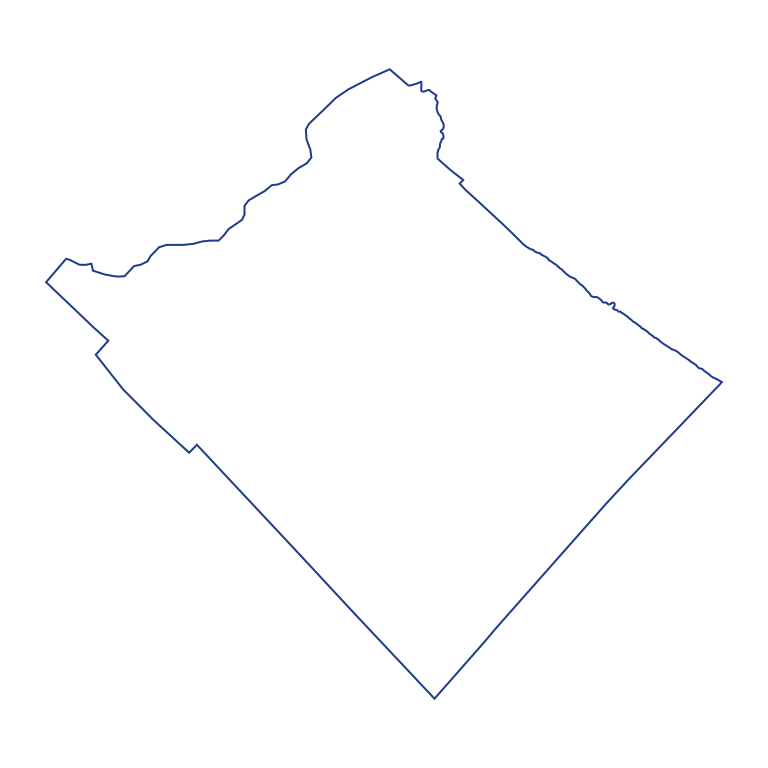 Avellaneda, Ciudad de Buenos Aires, Argentina
{"feature_id": "61730980B497821979952", "entity_name": "Avellaneda", "entity_type": "district", "adm_level": 2, "iso_a3": "ARG", "parent_name": "Argentina", "parent_adm1": "Ciudad de Buenos Aires", "projection": "natural_earth1", "projection_center": [-58.33, -34.679], "detail": "fine", "context": "isolated", "style": "outline", "palette": "blue", "viewbox_px": 768, "rotation_deg": 0, "n_neighbors": 0, "source": "geoboundaries", "source_scale": "gbopen_adm2", "svg_char_len": 5243}
<svg xmlns="http://www.w3.org/2000/svg" viewBox="0 0 768 768"><path d="M434.5,698.7L485.3,640.9L495.0,629.3L606.1,503.7L628.6,479.4L678.2,427.8L696.1,409.1L720.7,383.5L720.9,383.2L721.9,382.1L721.4,381.7L720.4,381.2L719.1,380.6L717.9,379.6L715.9,378.9L714.4,377.9L713.2,377.6L711.6,376.5L710.7,376.0L709.7,375.0L708.5,373.8L706.6,372.6L705.6,371.9L704.8,371.3L705.1,371.4L703.9,370.6L703.1,369.8L702.1,368.9L700.7,368.5L699.4,368.3L698.5,367.8L697.2,366.5L695.9,364.9L694.4,363.9L692.9,362.9L691.1,361.9L689.8,360.8L688.8,359.9L687.3,359.0L686.1,358.2L684.9,357.4L683.4,356.4L682.0,355.5L680.4,354.3L678.8,352.8L676.9,351.4L675.0,350.4L672.9,349.6L671.6,349.2L670.0,348.0L668.4,347.0L667.0,346.0L665.5,345.1L663.7,344.0L662.4,343.0L660.7,341.8L659.7,341.0L658.9,339.9L657.5,339.1L656.1,338.0L655.0,337.7L653.9,337.4L653.0,336.1L652.1,335.7L651.3,335.1L650.4,334.3L649.4,333.8L648.6,332.9L647.9,332.1L647.4,331.7L646.4,331.0L645.7,330.4L644.7,329.9L644.0,329.3L643.0,328.7L642.2,328.7L641.5,328.0L641.0,327.2L640.5,326.7L639.8,326.3L639.0,325.7L638.4,325.0L637.6,324.5L637.1,324.2L636.3,323.7L635.5,322.8L634.6,322.4L633.7,322.0L632.7,321.1L631.7,320.3L630.8,319.4L629.9,318.8L628.6,317.8L627.3,316.4L626.0,315.6L625.1,315.1L624.0,314.1L622.8,313.4L621.7,312.8L620.6,311.9L619.7,311.5L619.0,311.7L618.1,311.3L616.9,310.0L616.3,309.8L615.2,309.7L614.2,309.4L613.1,308.4L613.1,307.6L613.4,307.3L614.0,306.9L614.5,305.9L614.6,304.9L614.6,304.5L614.6,303.9L614.4,303.4L613.6,302.9L612.9,302.6L612.1,302.8L611.4,303.2L610.9,303.8L609.8,304.2L609.0,304.5L608.5,304.5L607.9,304.1L607.0,302.9L606.3,302.6L605.2,302.6L604.5,302.5L603.7,302.5L602.7,302.2L602.4,301.9L601.8,301.2L601.4,300.3L600.3,299.4L599.0,298.3L598.0,297.6L596.4,297.0L595.3,297.0L594.6,297.2L593.6,297.0L592.6,296.7L591.7,296.3L591.0,295.9L590.4,294.9L589.8,293.8L589.1,292.8L588.2,292.2L587.2,291.0L586.3,290.2L585.5,288.9L584.4,287.7L582.8,286.2L581.9,285.2L580.6,284.6L579.4,283.5L578.1,282.0L576.7,280.8L576.2,280.1L575.2,279.0L573.6,278.1L572.1,277.6L570.6,276.9L569.6,276.5L568.3,275.4L566.7,274.2L565.7,273.5L565.1,272.6L563.9,271.8L563.1,271.0L562.2,269.6L561.5,269.4L560.5,268.7L559.6,268.1L559.0,267.2L558.0,266.7L557.6,266.3L557.1,265.5L556.3,264.9L555.9,264.6L555.0,264.0L554.4,263.8L553.4,263.1L552.5,262.5L552.0,261.9L551.2,261.5L550.3,260.9L549.6,260.6L548.7,260.1L548.6,259.4L548.4,259.0L547.5,258.2L547.1,257.8L546.4,257.2L545.1,256.5L544.0,256.1L543.2,255.5L542.0,255.1L541.2,254.6L540.5,253.5L539.2,253.1L537.9,252.8L536.5,252.3L535.2,251.7L534.1,250.9L533.1,249.8L532.0,249.6L530.8,249.2L529.4,248.5L525.3,246.0L524.4,244.9L523.1,244.2L521.9,242.9L519.0,240.0L517.9,238.9L512.4,233.4L500.7,222.2L469.9,193.8L465.7,190.1L459.7,183.6L461.6,181.7L463.2,180.0L453.6,172.5L450.5,170.0L437.8,158.8L437.5,157.3L437.5,156.2L437.6,155.5L437.5,154.3L437.5,152.9L437.8,151.4L438.3,150.1L438.6,149.0L438.7,148.9L439.4,148.1L439.9,147.1L439.9,146.6L439.9,145.6L440.0,144.4L440.1,143.6L440.5,142.6L441.3,141.3L441.4,140.4L441.6,139.4L442.6,138.9L443.3,138.4L443.3,137.5L443.5,137.0L443.4,135.4L443.2,134.9L442.8,133.9L442.5,133.0L441.9,132.7L440.9,132.1L440.7,131.0L442.3,129.7L443.0,129.1L443.5,127.4L443.8,126.3L443.6,124.6L443.2,123.2L442.3,121.5L441.7,120.5L441.1,119.2L440.8,117.1L439.7,115.4L438.5,114.1L437.7,112.5L437.2,110.8L436.7,109.0L436.7,107.7L436.9,105.0L437.5,103.6L437.7,102.1L436.6,100.6L435.3,98.4L435.3,97.6L436.2,96.2L436.4,95.3L435.3,94.6L430.7,91.4L429.8,90.3L428.5,89.9L427.4,90.3L423.6,91.7L423.0,91.5L422.1,91.4L421.2,90.6L421.3,88.5L421.4,82.3L421.0,81.8L420.7,81.9L420.1,82.2L416.0,83.9L413.3,84.6L410.8,85.4L409.7,85.5L408.6,85.6L408.4,85.5L389.7,69.3L387.0,70.5L379.3,73.9L372.4,76.9L348.3,89.4L345.9,91.1L345.4,91.4L335.7,98.0L328.7,104.9L323.0,110.5L318.9,114.4L309.1,123.7L309.1,123.8L308.7,124.4L308.1,125.4L305.9,129.3L306.0,131.1L306.5,139.4L309.9,148.4L310.3,149.6L310.4,150.1L311.2,156.3L311.4,157.4L310.8,158.2L307.7,162.2L307.2,162.9L306.9,163.3L306.6,163.4L303.6,165.2L298.7,168.0L297.3,169.1L296.0,170.2L291.1,174.2L284.8,181.6L278.5,184.2L278.1,184.4L276.6,184.6L271.8,185.2L270.0,186.7L266.7,189.4L264.8,191.0L257.8,195.0L256.5,195.7L248.9,200.3L248.7,200.4L245.4,204.6L244.5,205.8L244.5,207.9L244.5,213.1L244.5,213.8L244.5,214.4L244.5,214.6L242.7,218.4L242.0,219.8L240.9,220.6L236.3,223.8L234.4,225.1L228.8,228.9L223.7,235.5L221.1,238.1L218.6,240.6L209.8,240.6L205.6,241.1L202.5,241.4L198.7,242.4L193.6,243.8L183.1,244.9L180.2,244.9L174.3,244.9L166.7,244.9L164.7,245.5L163.1,246.0L161.9,246.4L161.5,246.5L159.1,247.2L158.9,247.4L157.8,248.6L154.0,252.5L153.7,252.8L150.3,256.3L148.3,260.0L147.9,260.8L147.7,261.3L145.2,262.5L140.7,264.7L140.5,264.8L136.9,265.5L134.1,266.0L133.5,266.7L129.4,271.1L124.6,276.2L119.7,276.5L119.3,276.6L113.8,276.2L113.5,276.1L112.4,275.9L108.6,275.2L105.3,274.6L102.9,273.9L99.0,272.6L97.7,272.2L93.2,270.8L93.0,270.7L92.8,269.7L92.5,268.8L92.2,267.3L91.9,266.0L91.8,265.8L91.3,263.7L85.9,264.8L85.7,264.8L79.7,264.8L78.6,264.3L77.0,263.5L75.6,262.8L70.5,260.2L66.2,258.7L46.1,282.2L55.0,290.7L76.1,310.7L81.1,315.5L93.0,326.9L108.3,340.7L95.8,354.7L123.0,389.3L153.5,420.0L189.1,452.7L196.9,444.8L295.5,550.1L346.7,605.2L356.0,615.2L434.5,698.7Z" fill="none" stroke="#1e3a8a" stroke-width="2"/></svg>